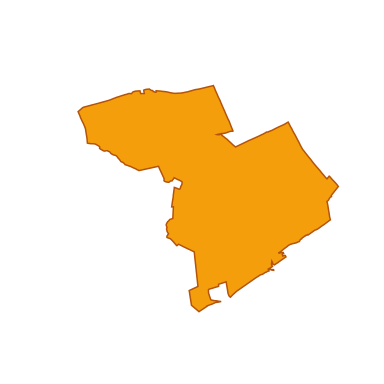 Hanesti, Botosani, Romania (orthographic projection), rotated 295°
{"feature_id": "2599482B45737492982301", "entity_name": "Hanesti", "entity_type": "district", "adm_level": 2, "iso_a3": "ROU", "parent_name": "Romania", "parent_adm1": "Botosani", "projection": "orthographic", "projection_center": [27.009, 47.93], "detail": "fine", "context": "isolated", "style": "filled", "palette": "amber", "viewbox_px": 384, "rotation_deg": 295, "n_neighbors": 0, "source": "geoboundaries", "source_scale": "gbopen_adm2", "svg_char_len": 6004}
<svg xmlns="http://www.w3.org/2000/svg" viewBox="0 0 384 384"><g transform="rotate(295 192 192)"><path d="M258.8,322.3L260.1,320.0L261.1,317.7L262.5,314.1L263.6,311.6L264.2,310.3L264.4,309.8L264.3,309.6L261.0,308.8L261.7,306.7L261.9,306.3L263.0,304.1L263.8,302.2L265.5,298.8L265.8,298.1L268.8,291.4L269.9,289.2L270.9,287.2L271.5,286.2L273.1,282.8L273.7,281.6L275.6,277.8L276.0,277.1L277.4,274.2L280.1,270.5L282.1,268.1L282.7,267.3L284.1,265.4L287.3,261.3L288.6,259.4L290.8,256.4L291.2,256.1L292.8,253.7L294.5,251.6L296.0,249.6L292.9,247.5L291.0,246.0L287.3,242.8L283.9,240.1L281.4,238.2L280.7,237.4L280.3,237.1L279.3,236.1L278.4,235.5L278.2,235.0L278.1,234.6L277.9,234.4L277.6,234.0L276.2,233.2L275.2,232.4L274.6,232.0L273.8,231.3L273.0,230.6L271.2,229.2L264.0,223.0L263.2,222.2L257.9,217.9L251.2,212.4L252.1,208.9L253.2,205.8L253.5,204.6L254.6,201.5L255.2,198.6L255.7,196.8L255.8,196.0L255.9,195.2L256.4,195.0L256.7,194.7L256.9,194.5L256.9,194.3L256.8,193.9L256.6,193.6L256.2,193.3L255.6,192.9L254.8,191.2L254.6,190.4L255.4,191.2L256.0,192.2L257.6,194.2L258.0,195.2L259.6,197.5L260.6,198.5L262.8,200.7L263.3,201.3L263.6,201.8L264.2,203.0L264.4,203.3L264.6,203.4L268.1,199.6L272.0,195.6L273.5,193.6L274.4,192.6L277.0,189.6L278.6,187.9L283.4,182.4L286.2,179.3L286.6,179.0L288.0,177.2L289.6,175.2L290.4,174.4L293.5,170.8L294.5,169.7L295.6,168.6L297.5,166.4L297.1,166.0L294.3,162.4L293.1,160.9L289.5,156.4L288.4,155.0L286.9,152.8L286.1,151.6L284.6,149.9L283.4,148.5L282.8,147.8L280.7,145.4L280.0,144.3L278.6,142.5L277.3,140.7L274.4,135.3L273.8,133.9L273.0,131.0L272.6,129.3L272.4,128.4L272.4,128.0L271.4,124.5L271.1,123.8L270.8,123.1L270.5,121.8L268.6,116.7L267.4,117.3L267.3,117.2L267.0,116.8L266.7,114.4L266.8,114.2L267.1,113.8L267.3,113.5L266.9,112.2L267.2,110.0L267.3,109.9L265.9,107.4L265.3,106.6L264.6,105.8L263.9,105.2L261.1,107.1L259.5,103.9L260.5,103.0L261.7,102.1L260.0,99.0L259.3,97.8L258.8,97.5L258.3,96.7L257.7,96.2L257.3,96.0L256.4,95.8L255.5,95.5L255.3,95.2L255.2,94.5L254.9,93.8L254.5,93.1L254.1,92.6L252.4,90.9L252.1,90.3L251.3,89.5L248.3,86.2L247.8,85.8L245.9,83.6L244.5,82.3L243.5,81.3L242.6,80.5L240.1,78.1L238.7,76.5L223.0,57.9L222.6,57.5L222.3,57.3L216.7,54.8L213.5,58.4L212.4,59.4L211.4,60.6L209.7,62.6L208.4,64.3L205.9,67.1L205.6,67.3L205.6,67.6L203.7,69.1L196.0,74.3L192.1,76.5L192.2,77.3L192.8,79.2L193.2,80.4L193.7,81.4L194.1,82.5L194.4,83.2L194.5,84.0L194.6,84.6L194.4,86.4L194.4,87.0L194.2,88.3L194.1,88.8L194.0,89.1L193.9,89.3L192.5,89.8L192.2,90.8L192.0,93.4L191.9,94.5L192.0,95.1L192.4,95.9L192.9,96.5L193.2,96.9L193.4,97.4L193.6,97.8L193.6,98.1L193.5,98.6L193.6,100.4L193.5,100.7L192.8,101.9L192.5,103.0L192.5,103.9L192.4,104.6L192.4,105.0L192.7,106.2L192.8,107.5L192.8,108.1L192.7,108.5L192.5,109.0L191.8,110.1L190.6,112.9L189.8,114.2L189.6,114.6L189.5,115.0L189.5,115.3L189.6,116.3L189.6,116.9L189.3,118.2L189.0,118.8L188.7,119.5L188.5,119.8L188.9,123.0L189.0,125.1L189.2,125.3L189.1,128.1L189.2,130.7L189.2,131.6L189.0,132.2L189.1,133.8L189.0,134.9L200.1,149.4L201.1,150.7L201.1,150.9L199.8,152.2L192.3,161.1L190.5,161.8L190.3,162.0L190.2,162.4L190.1,163.2L190.2,164.0L190.3,164.8L190.6,165.7L190.8,166.3L191.0,166.8L191.3,167.1L191.8,167.4L192.4,167.6L193.0,168.0L193.6,169.2L195.1,169.4L195.6,169.6L196.6,169.8L197.4,169.8L197.3,171.9L197.2,174.4L197.4,174.6L197.4,175.0L197.3,175.7L197.3,176.5L197.1,178.2L196.8,178.9L195.3,179.4L194.3,179.6L192.1,179.5L190.9,179.7L189.8,179.8L189.5,179.6L189.1,179.2L189.0,178.7L189.0,177.1L188.9,176.1L188.8,174.4L188.7,174.0L187.4,174.5L184.4,175.4L183.2,175.8L182.3,176.0L179.1,177.2L174.7,178.4L169.9,179.9L170.7,181.4L159.9,185.8L158.8,184.7L158.0,183.7L157.6,183.4L156.5,183.2L154.7,182.5L152.9,182.3L151.6,182.4L151.2,182.6L150.7,182.9L149.6,184.1L149.3,184.3L147.9,184.5L147.2,184.9L146.4,185.7L145.8,186.0L145.0,187.1L144.2,188.4L143.2,188.1L142.5,188.2L141.5,187.9L140.2,188.5L140.3,190.0L140.5,191.8L140.4,192.5L139.5,195.0L136.9,200.8L137.0,201.0L137.8,201.4L139.0,202.0L138.8,207.7L138.7,219.3L108.9,237.3L101.5,231.1L89.1,239.4L86.5,248.9L95.1,254.1L95.2,253.9L97.6,256.2L98.8,257.5L101.2,259.5L101.9,260.2L103.7,262.9L105.1,264.7L104.8,263.9L104.2,262.1L103.9,260.6L103.0,258.2L102.7,256.9L102.3,255.3L102.3,254.7L102.4,254.4L107.3,249.8L107.8,249.5L108.6,249.1L110.3,248.2L110.6,248.2L111.4,248.8L112.8,250.5L116.2,254.2L116.8,255.0L117.7,255.9L117.9,256.0L118.0,256.0L119.3,255.1L119.6,255.1L120.0,255.4L120.8,256.4L125.0,260.9L123.7,261.8L117.9,265.8L115.6,267.3L115.1,267.7L114.5,268.4L113.7,269.2L113.3,269.8L113.1,270.3L112.9,271.3L115.6,272.2L120.9,274.4L140.7,285.8L145.6,288.9L145.9,289.1L147.1,290.5L147.8,291.1L149.6,292.1L150.2,292.6L151.0,293.4L151.6,293.7L151.9,293.9L153.0,295.1L154.0,294.0L154.2,293.9L154.5,294.1L154.8,294.7L154.9,294.9L154.7,295.4L154.9,296.1L154.9,297.0L155.0,297.4L155.4,297.9L155.2,298.3L155.5,299.1L156.1,298.7L155.6,297.6L155.4,297.0L155.3,296.4L155.2,295.2L154.9,294.0L158.5,296.4L158.7,296.1L159.4,295.0L161.0,294.2L161.7,294.1L163.0,293.6L162.5,294.3L161.3,295.5L160.6,296.2L160.6,296.4L160.8,296.8L160.8,297.1L160.7,297.4L164.3,299.7L165.7,300.4L171.4,303.7L172.9,304.6L173.7,303.6L173.8,303.4L173.8,303.1L173.5,302.4L172.4,301.4L172.9,301.0L173.6,300.1L173.9,300.1L174.4,300.3L175.0,301.0L175.5,300.5L175.7,300.1L174.8,298.5L174.2,297.7L173.3,296.8L173.7,296.3L175.2,297.4L179.7,299.6L183.2,301.5L184.3,301.9L186.0,303.2L187.5,304.8L189.9,307.9L191.9,309.5L192.1,309.9L192.5,310.2L193.2,310.3L194.1,310.2L195.7,310.8L195.8,311.1L196.1,311.2L196.3,311.1L197.6,311.6L198.4,312.3L199.1,312.5L199.4,312.6L199.7,312.7L200.1,313.2L200.2,313.5L200.8,313.5L201.2,314.0L201.7,314.5L202.1,314.6L202.0,315.3L209.5,319.6L210.2,320.5L210.6,320.7L211.9,321.8L216.0,324.0L218.6,325.6L223.9,328.4L225.3,329.2L226.1,328.5L227.4,327.4L231.2,324.9L233.5,323.3L236.9,321.0L239.4,319.2L240.4,318.3L240.6,318.3L241.7,318.9L242.3,319.1L244.5,319.3L245.7,319.5L246.2,319.9L246.8,320.4L247.0,320.3L247.6,319.7L247.9,319.7L258.8,322.3Z" fill="#f59e0b" stroke="#b45309" stroke-width="1.5"/></g></svg>